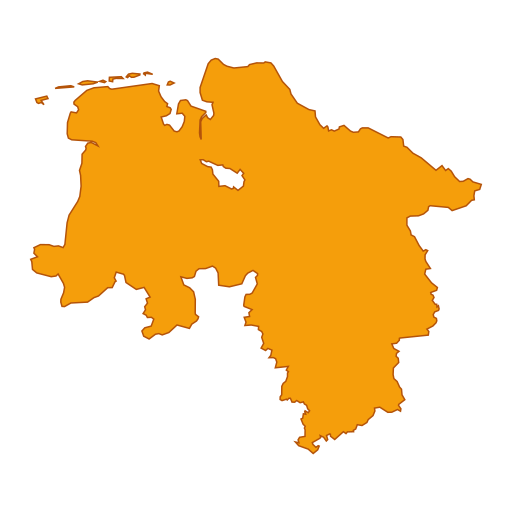 map outline of Niedersachsen (Albers equal-area conic projection)
{"feature_id": "DEU-1576", "entity_name": "Niedersachsen", "entity_type": "State", "adm_level": 1, "iso_a3": "DEU", "parent_name": "Germany", "parent_adm1": "", "projection": "albers", "projection_center": [9.302, 52.591], "detail": "fine", "context": "isolated", "style": "filled", "palette": "amber", "viewbox_px": 512, "rotation_deg": 0, "n_neighbors": 0, "source": "natural_earth", "source_scale": "10m", "svg_char_len": 5977}
<svg xmlns="http://www.w3.org/2000/svg" viewBox="0 0 512 512"><path d="M69.1,215.1L77.7,201.5L79.8,196.5L81.1,186.2L80.6,175.4L79.5,170.4L81.9,163.3L82.1,154.2L85.7,150.0L86.1,148.2L85.5,146.5L87.8,143.1L91.2,142.5L97.9,145.9L95.8,142.6L92.3,141.2L71.7,139.8L68.4,138.1L67.2,133.8L67.5,122.6L70.3,113.2L71.1,111.9L76.5,112.9L78.6,109.8L77.7,106.7L74.0,104.1L73.9,102.1L75.2,100.4L86.8,90.4L93.9,87.8L107.8,86.6L109.7,88.6L111.8,89.2L152.1,83.5L159.3,85.7L158.6,91.1L161.0,96.7L164.6,101.5L167.6,103.7L166.8,106.5L170.2,107.8L171.2,109.4L170.0,113.5L166.3,115.8L161.2,117.0L163.5,124.0L164.7,125.4L166.9,124.4L169.5,125.1L174.2,131.1L177.0,131.8L179.1,130.9L182.2,126.7L184.3,121.5L184.8,116.3L182.2,113.2L176.8,113.8L178.5,103.9L180.5,100.5L185.8,99.8L187.5,100.6L191.0,106.1L205.8,111.3L205.8,112.5L201.6,116.7L200.1,120.0L199.5,132.9L200.0,136.6L201.2,139.5L200.7,121.7L202.2,118.5L206.2,114.9L207.6,117.7L210.3,119.5L213.6,115.5L213.9,113.2L212.0,104.7L213.0,102.3L206.8,101.8L202.4,100.2L200.1,92.6L200.1,87.5L208.2,63.7L211.2,60.1L215.2,58.5L218.2,59.1L223.5,64.4L226.9,66.2L233.9,68.0L247.8,66.6L249.5,64.6L256.6,62.9L263.7,63.0L265.2,61.9L270.9,62.9L273.7,66.0L282.4,81.5L289.8,89.4L291.0,94.0L297.3,103.2L309.0,109.6L315.0,110.9L315.5,116.9L319.9,124.7L323.6,128.3L327.0,125.9L327.9,127.0L328.6,130.9L331.5,129.8L334.3,131.1L339.0,129.0L339.4,126.9L344.0,125.4L350.4,131.0L353.4,132.3L358.4,131.9L360.5,128.8L362.3,127.9L368.2,127.9L388.2,138.0L391.0,136.7L400.8,137.0L402.9,139.5L403.7,146.1L407.0,147.3L412.9,153.2L421.3,157.9L436.0,170.3L442.0,165.6L445.6,170.5L448.3,168.6L451.2,171.1L454.6,176.7L459.6,181.5L463.2,181.3L468.0,178.6L470.1,179.2L472.9,181.9L481.3,184.4L479.7,189.4L474.7,190.9L473.9,195.8L474.3,199.8L471.6,200.3L466.2,205.8L452.1,210.6L448.3,207.4L430.1,205.7L428.6,206.7L427.9,210.3L423.6,213.9L418.5,215.8L410.2,216.1L406.9,217.9L406.9,225.2L410.4,231.0L411.1,234.9L414.5,236.7L419.1,245.5L423.2,251.1L425.8,249.7L427.7,250.6L425.1,254.8L425.0,258.8L425.8,261.4L430.4,268.5L425.8,269.2L424.7,274.1L431.5,282.8L437.4,287.5L436.6,290.3L430.7,292.5L431.1,294.2L433.0,295.2L434.0,297.5L432.3,300.4L435.2,304.3L436.7,304.3L437.0,307.0L438.4,305.8L439.1,308.9L438.5,310.4L434.7,311.9L433.2,314.6L433.9,317.1L436.4,318.4L436.8,320.8L436.0,322.8L432.9,326.0L426.9,329.1L428.8,331.5L428.3,335.1L400.2,338.0L399.4,338.3L399.3,340.3L396.6,343.2L391.8,343.9L393.8,348.5L399.0,351.3L396.5,353.4L396.1,356.3L398.2,358.2L398.7,362.5L393.4,368.0L393.1,374.5L393.9,378.6L397.1,381.5L399.6,387.1L401.5,389.2L402.0,394.8L404.8,399.7L398.7,404.4L398.5,405.3L400.9,408.8L400.5,411.2L397.5,409.5L391.8,412.2L387.8,412.3L379.8,407.2L374.5,408.1L374.9,411.0L373.0,415.6L368.2,419.6L366.9,422.5L362.0,425.5L357.3,424.7L355.7,429.0L353.3,430.4L353.6,431.7L347.4,431.9L346.0,433.6L343.4,431.7L334.7,439.5L330.5,436.2L330.4,434.2L329.7,433.9L326.5,435.5L327.7,439.6L326.3,441.0L323.6,437.2L320.2,435.6L320.7,437.3L319.8,438.3L312.3,442.6L312.9,444.4L315.9,447.3L318.2,445.7L319.2,446.1L317.7,449.8L313.2,453.5L308.2,449.1L298.7,445.7L295.4,442.0L298.9,442.8L298.1,439.8L299.6,437.3L305.0,436.4L305.1,429.7L304.4,428.1L305.2,426.3L303.1,424.2L301.0,419.0L302.7,418.2L303.4,413.8L305.7,414.2L304.7,411.7L305.1,410.8L308.2,412.7L309.6,410.8L307.7,408.8L306.6,405.3L304.4,404.0L303.4,401.9L300.1,402.7L296.7,400.5L294.7,402.2L292.0,402.1L290.4,398.3L288.9,398.3L287.2,400.0L286.4,399.2L282.0,400.6L280.1,399.5L280.2,396.8L281.7,394.8L281.8,386.3L283.2,383.4L285.8,381.3L287.5,376.6L287.5,373.1L288.4,371.7L286.3,370.1L288.3,366.4L275.3,367.8L276.8,362.1L275.6,358.7L273.4,357.6L269.0,357.7L270.8,355.4L271.9,350.1L267.9,348.4L265.6,350.5L261.1,348.1L263.7,343.4L261.7,337.3L262.9,334.0L261.7,331.5L258.4,329.6L258.6,326.4L251.2,325.0L244.9,325.5L246.0,322.2L244.2,317.3L249.6,316.5L248.9,312.7L252.1,309.6L244.1,306.4L243.7,305.2L244.9,296.9L246.1,294.4L249.9,294.3L252.2,293.0L257.3,283.9L255.5,277.4L257.5,275.4L257.6,273.6L253.0,270.4L247.8,273.1L245.4,275.7L241.8,283.8L229.4,286.8L218.7,285.2L218.1,272.9L215.6,268.1L212.5,266.1L205.5,268.6L199.0,268.7L196.0,271.2L194.4,276.5L192.2,277.8L186.9,278.4L180.9,276.8L183.8,284.9L189.7,287.8L193.6,291.8L195.3,299.3L195.2,313.0L195.5,314.4L198.6,316.8L198.0,318.8L196.5,321.0L191.8,324.1L189.4,328.4L177.0,325.0L168.9,332.5L162.2,334.9L158.9,333.6L155.5,334.2L149.1,339.0L143.7,336.2L141.9,331.0L144.8,327.8L151.2,326.1L153.8,319.1L151.4,317.3L147.4,317.5L146.2,315.2L143.1,313.6L145.5,309.8L144.7,306.7L147.5,303.1L146.1,298.8L150.1,297.1L144.1,287.4L136.3,289.4L126.0,282.5L124.5,275.5L123.5,274.2L116.2,272.1L114.3,277.8L116.1,281.1L115.0,281.8L112.2,287.6L107.7,287.7L98.5,296.0L94.0,297.6L87.6,302.1L70.9,303.0L64.5,306.6L62.0,306.4L60.8,302.1L60.9,299.3L63.6,292.8L64.6,287.3L63.4,283.3L58.1,274.0L56.0,276.0L51.2,276.7L36.7,272.9L32.5,269.4L31.8,261.7L30.7,259.3L37.5,256.8L33.9,253.2L34.6,249.3L33.9,247.7L40.4,244.6L49.1,244.7L53.9,246.4L58.5,245.9L63.1,247.6L64.9,244.4L67.1,222.8L69.1,215.1ZM206.4,161.7L203.2,159.7L200.2,159.8L201.7,163.5L207.6,166.6L211.1,167.1L212.4,169.7L212.9,174.1L218.7,181.3L218.9,186.4L225.0,185.7L231.6,189.0L233.3,188.4L233.6,186.9L238.0,190.4L243.4,186.1L244.0,181.7L244.9,179.9L242.0,175.6L243.7,173.3L240.1,169.4L237.2,173.2L229.9,168.5L225.8,168.2L223.3,166.5L222.8,164.9L217.8,165.4L208.7,161.2L206.4,161.7ZM78.6,83.8L82.8,81.5L87.6,80.8L97.8,82.1L93.2,83.8L82.2,84.9L78.6,83.8ZM48.0,98.6L41.1,100.4L44.0,104.7L41.3,102.5L38.5,103.4L36.9,102.5L35.5,98.9L46.8,96.1L48.0,98.6ZM109.4,77.3L121.3,76.7L123.1,78.5L116.0,78.4L112.9,79.1L112.6,81.7L109.2,81.0L109.4,77.3ZM126.2,76.9L128.5,74.1L132.3,73.3L139.9,74.0L139.8,75.0L134.0,77.2L131.4,77.3L129.3,75.8L127.6,77.6L126.2,76.9ZM55.1,88.4L58.5,86.9L70.8,85.7L74.2,86.9L55.1,88.4ZM167.2,84.9L168.4,82.0L170.2,81.2L174.1,83.0L170.0,85.0L167.2,84.9ZM145.3,75.1L143.6,73.8L144.0,72.9L147.5,72.1L152.7,74.3L145.5,73.3L145.3,75.1ZM99.6,81.4L103.0,80.2L105.8,81.6L104.5,82.6L99.6,81.4Z" fill="#f59e0b" stroke="#b45309" stroke-width="1.5"/></svg>